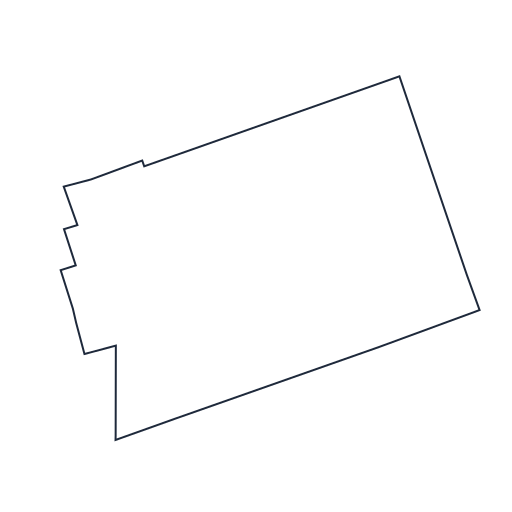 outline of Genesee, New York, United States of America, rotated 161°
{"feature_id": "52423323B2741615206535", "entity_name": "Genesee", "entity_type": "district", "adm_level": 2, "iso_a3": "USA", "parent_name": "United States of America", "parent_adm1": "New York", "projection": "orthographic", "projection_center": [-78.093, 42.998], "detail": "fine", "context": "isolated", "style": "outline", "palette": "slate", "viewbox_px": 512, "rotation_deg": 161, "n_neighbors": 0, "source": "geoboundaries", "source_scale": "gbopen_adm2", "svg_char_len": 413}
<svg xmlns="http://www.w3.org/2000/svg" viewBox="0 0 512 512"><g transform="rotate(161 256 256)"><path d="M62.2,132.1L62.8,169.9L62.3,296.8L61.9,379.2L332.5,377.2L332.5,383.3L387.2,382.1L415.2,384.2L414.8,343.4L428.8,343.9L429.5,305.8L445.3,306.2L446.3,265.8L447.8,251.5L450.1,219.2L417.7,216.9L447.2,131.8L448.7,127.8L385.6,128.5L169.2,129.9L62.2,132.1Z" fill="none" stroke="#1e293b" stroke-width="2"/></g></svg>